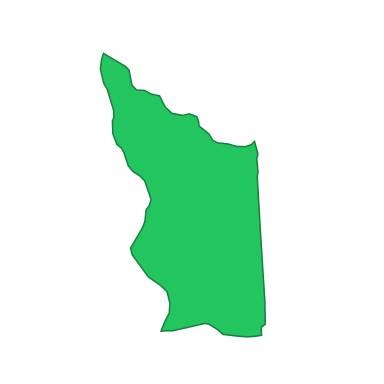 the district of Río Blanco, San Marcos, Guatemala, rotated 346°
{"feature_id": "79465075B55305987595848", "entity_name": "Río Blanco", "entity_type": "district", "adm_level": 2, "iso_a3": "GTM", "parent_name": "Guatemala", "parent_adm1": "San Marcos", "projection": "mercator", "projection_center": [-91.688, 15.047], "detail": "fine", "context": "isolated", "style": "filled", "palette": "green", "viewbox_px": 384, "rotation_deg": 346, "n_neighbors": 0, "source": "geoboundaries", "source_scale": "gbopen_adm2", "svg_char_len": 1033}
<svg xmlns="http://www.w3.org/2000/svg" viewBox="0 0 384 384"><g transform="rotate(346 192 192)"><path d="M139.7,36.1L136.2,41.7L132.8,50.8L132.7,65.6L134.6,71.8L135.7,94.0L134.3,100.4L131.9,104.0L129.3,116.1L130.6,127.7L134.2,132.4L135.4,137.1L136.5,151.4L139.8,158.0L145.1,163.5L148.8,169.8L150.5,189.2L147.2,195.0L143.2,198.1L139.3,208.8L135.5,214.5L118.8,231.6L118.8,238.5L129.2,264.1L138.6,274.7L143.7,282.8L143.6,294.9L140.5,304.2L135.1,310.0L128.3,319.5L133.4,320.4L139.7,322.0L172.7,322.7L176.5,324.4L183.9,332.1L187.6,337.7L192.5,339.5L200.0,342.4L210.6,346.0L218.7,347.3L224.8,347.9L226.5,339.9L228.7,339.1L231.1,338.0L236.1,316.5L247.4,254.7L259.0,193.0L260.9,188.5L262.9,175.4L265.2,171.0L264.9,158.0L261.2,160.3L255.4,161.0L245.9,158.4L238.7,154.1L228.7,150.5L224.8,147.0L222.5,139.8L214.8,129.6L215.5,125.2L214.9,120.1L208.4,115.5L201.5,115.4L191.7,110.9L186.5,103.0L183.8,90.9L175.5,86.8L170.6,81.9L162.9,79.7L159.6,73.8L160.4,58.4L157.9,54.1L139.7,36.1Z" fill="#22c55e" stroke="#15803d" stroke-width="1.5"/></g></svg>